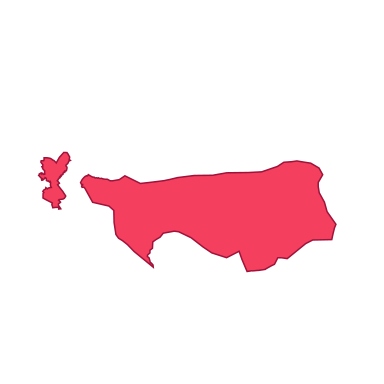 the district of Ilorin East, Kwara, Nigeria, rotated 34°
{"feature_id": "59680162B49050440888294", "entity_name": "Ilorin East", "entity_type": "district", "adm_level": 2, "iso_a3": "NGA", "parent_name": "Nigeria", "parent_adm1": "Kwara", "projection": "mercator", "projection_center": [4.629, 8.608], "detail": "fine", "context": "isolated", "style": "filled", "palette": "rose", "viewbox_px": 384, "rotation_deg": 34, "n_neighbors": 0, "source": "geoboundaries", "source_scale": "gbopen_adm2", "svg_char_len": 4196}
<svg xmlns="http://www.w3.org/2000/svg" viewBox="0 0 384 384"><g transform="rotate(34 192 192)"><path d="M201.9,276.0L200.5,274.3L197.8,273.6L197.1,274.0L194.8,271.9L193.0,270.5L191.1,270.5L190.4,269.1L191.2,266.0L189.7,263.8L190.7,260.8L187.4,255.3L188.7,251.7L190.8,247.3L191.2,242.2L199.2,234.4L203.2,232.4L216.9,230.4L232.0,231.4L242.5,231.4L257.4,227.1L264.2,214.8L270.9,219.8L282.1,227.1L284.2,225.2L284.9,224.5L285.1,224.2L285.6,223.9L286.2,223.6L288.1,222.1L289.4,221.0L291.1,219.7L294.4,216.7L295.5,215.6L295.8,215.4L296.1,215.0L296.2,214.6L296.4,214.0L299.1,208.7L300.8,205.8L299.9,198.5L303.3,196.3L308.2,194.0L315.1,171.2L318.9,164.3L334.5,153.3L332.2,147.6L331.7,146.2L330.2,142.1L329.4,138.3L315.0,132.8L307.5,126.4L297.9,121.5L293.6,116.9L291.3,113.5L290.7,104.6L283.9,101.1L277.7,101.5L274.3,101.7L267.3,105.0L261.6,107.6L257.6,111.2L251.5,116.0L248.5,123.1L244.1,128.9L241.4,132.5L238.4,136.4L227.9,144.3L210.0,156.7L201.3,165.1L199.9,166.5L189.9,173.4L184.6,177.1L172.0,188.1L166.7,193.9L162.4,198.3L152.3,207.1L145.7,212.7L144.4,213.8L127.3,216.1L124.8,222.4L119.8,227.2L117.8,228.5L114.8,228.7L112.8,230.0L111.1,230.8L109.2,231.3L108.4,232.1L107.5,232.5L106.4,232.6L106.1,233.3L105.3,233.4L104.6,233.8L104.2,234.3L103.4,234.6L102.7,234.4L102.1,234.7L101.3,235.2L99.6,235.4L98.2,235.5L96.3,235.6L96.4,237.0L95.5,237.5L95.2,238.4L94.8,238.5L94.3,240.4L94.0,243.0L94.2,245.2L94.4,246.6L95.3,247.0L96.2,247.6L97.1,246.9L97.5,247.3L97.2,248.9L98.3,249.6L99.7,248.5L101.3,248.9L115.4,256.1L131.0,250.1L137.5,251.0L144.5,260.9L152.7,269.8L157.0,271.4L161.6,271.2L167.9,271.7L177.3,273.7L201.9,276.0ZM60.4,266.0L60.9,266.3L61.1,266.1L61.5,265.7L61.7,265.3L61.9,264.9L62.1,263.9L62.2,263.3L62.3,263.1L62.3,262.8L62.3,262.6L62.1,262.2L62.4,262.1L62.6,262.1L62.9,262.1L63.5,262.2L63.7,262.4L63.8,262.6L64.0,262.8L64.4,263.2L64.9,263.9L65.3,263.9L65.7,263.8L66.4,263.6L66.7,263.2L66.9,263.0L67.1,263.1L67.4,263.4L67.6,263.4L68.1,263.4L68.5,263.4L68.6,262.6L69.2,263.0L69.6,263.4L70.2,264.5L70.4,264.9L70.8,265.4L71.4,266.1L72.8,266.9L71.7,267.9L71.2,268.4L70.7,269.1L70.4,269.6L70.3,270.3L68.4,270.1L68.9,271.6L68.1,273.0L68.0,273.6L68.0,274.9L68.9,275.1L69.5,275.3L69.3,276.1L69.5,276.7L71.2,279.3L71.8,280.3L74.7,280.1L82.3,279.2L82.5,279.8L82.7,280.6L82.9,280.7L83.4,281.3L84.5,282.1L85.4,282.9L87.7,280.9L88.7,280.2L89.8,279.2L90.4,279.9L91.0,280.7L92.0,279.8L92.2,279.7L92.6,279.3L92.0,279.0L90.5,278.6L90.5,278.4L88.9,277.8L88.0,276.8L88.0,276.1L88.2,275.6L88.6,274.8L88.7,273.9L85.9,273.4L86.0,272.7L87.8,271.1L89.1,269.9L89.7,268.6L89.7,266.3L89.5,265.9L88.1,265.3L86.1,264.5L84.6,263.8L80.1,262.4L77.8,261.6L76.5,261.1L77.2,258.9L76.6,258.6L74.0,258.0L74.2,257.0L74.0,256.6L74.2,254.6L74.0,254.3L73.9,253.9L74.1,253.9L74.5,254.1L74.6,253.9L74.5,253.5L74.1,252.8L74.7,252.4L74.7,252.0L74.1,251.8L74.0,251.2L74.6,250.7L74.9,250.3L75.0,249.8L75.1,249.3L74.7,249.2L74.7,248.4L74.6,247.7L74.7,247.3L74.9,247.1L75.5,247.0L75.4,246.2L74.8,246.1L74.8,245.6L75.4,245.2L76.0,244.6L75.6,243.6L75.3,242.7L74.8,241.7L73.8,241.0L73.1,241.0L72.8,240.8L72.5,240.1L73.1,237.8L72.9,236.8L72.8,236.0L72.6,235.0L73.2,234.4L73.5,233.8L72.1,233.8L71.9,233.5L71.3,231.9L70.5,231.0L69.3,230.7L68.4,229.9L67.2,229.7L66.3,229.2L63.6,230.9L63.3,233.0L63.0,235.2L62.8,236.5L62.7,237.7L62.8,239.0L62.9,240.1L63.0,241.7L63.2,243.8L62.3,243.5L61.4,243.4L60.7,243.2L59.5,243.1L58.8,243.4L58.0,243.3L57.3,243.2L55.5,243.4L53.0,244.5L50.2,246.3L50.7,247.1L51.0,247.4L51.2,247.7L51.3,248.4L51.5,249.0L49.5,250.4L49.8,251.2L49.9,251.6L50.4,252.0L51.0,252.1L51.7,252.4L52.5,252.6L52.9,252.7L53.2,252.9L53.5,253.6L54.2,254.6L53.5,255.0L54.6,255.7L55.3,256.1L56.0,256.5L56.5,256.5L57.4,256.7L57.8,256.8L58.2,256.9L58.3,257.4L58.6,257.9L58.9,258.3L59.2,258.5L59.6,259.0L59.8,259.3L60.0,259.6L59.8,259.8L59.3,260.2L58.9,260.6L58.7,260.7L58.4,260.1L58.0,260.1L57.5,260.1L57.1,260.1L56.7,260.2L56.7,260.4L56.8,260.7L56.7,261.0L56.8,261.2L56.0,261.0L55.8,261.3L55.7,261.8L55.7,262.0L55.4,262.3L55.5,262.4L55.6,262.5L55.6,263.0L55.6,263.3L55.6,263.6L55.6,264.0L55.9,264.0L57.2,264.4L58.4,264.6L59.0,264.7L59.4,265.0L60.0,265.3L60.3,264.9L60.4,265.4L60.4,266.0Z" fill="#f43f5e" stroke="#9f1239" stroke-width="1.5"/></g></svg>